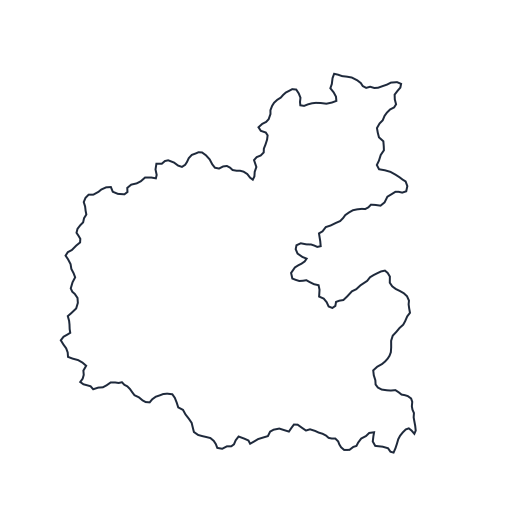 São Domingos do Prata, Minas Gerais, Brazil, rotated 10°
{"feature_id": "56859067B42582373576108", "entity_name": "São Domingos do Prata", "entity_type": "district", "adm_level": 2, "iso_a3": "BRA", "parent_name": "Brazil", "parent_adm1": "Minas Gerais", "projection": "albers", "projection_center": [-42.883, -19.879], "detail": "fine", "context": "isolated", "style": "outline", "palette": "slate", "viewbox_px": 512, "rotation_deg": 10, "n_neighbors": 0, "source": "geoboundaries", "source_scale": "gbopen_adm2", "svg_char_len": 4974}
<svg xmlns="http://www.w3.org/2000/svg" viewBox="0 0 512 512"><g transform="rotate(10 256 256)"><path d="M225.4,440.1L230.1,442.3L234.4,442.7L238.4,442.9L242.7,443.2L246.5,445.4L249.1,448.2L251.2,451.7L256.2,451.7L260.4,448.5L264.7,447.7L267.0,445.3L268.0,441.0L270.2,436.8L276.2,437.9L280.6,439.0L282.8,441.9L286.1,439.2L289.9,435.9L295.0,433.3L299.0,431.3L300.4,426.5L303.5,424.0L308.9,421.9L314.1,422.6L318.9,423.2L320.8,419.0L322.6,415.4L326.3,414.9L331.1,417.2L335.5,419.2L339.3,417.3L344.6,418.0L348.3,419.0L352.4,419.5L356.2,420.7L359.1,422.5L362.3,422.6L365.8,422.0L369.1,424.3L370.8,427.1L373.0,429.6L376.5,431.7L381.7,430.7L385.0,427.1L387.9,425.6L389.0,422.0L391.3,417.5L395.6,414.2L398.2,410.6L402.9,409.1L402.9,413.0L403.2,418.4L406.4,422.3L413.8,421.8L419.4,422.4L422.4,425.4L425.6,425.7L426.7,421.2L427.4,416.4L427.9,411.7L429.1,408.0L431.2,404.2L433.6,400.8L436.4,399.2L439.5,400.9L442.8,403.6L443.6,400.2L442.3,395.7L440.5,390.9L439.3,387.6L438.8,383.2L436.8,380.2L435.6,377.0L435.2,372.5L433.5,369.4L429.8,367.6L426.6,367.2L423.4,367.2L420.3,365.5L416.6,363.9L412.1,365.1L408.4,365.5L403.0,365.7L398.9,364.4L396.1,361.8L395.1,357.6L392.7,353.0L391.3,348.3L394.6,344.0L398.9,340.5L401.5,337.4L403.5,334.2L404.8,331.1L405.5,327.4L405.0,322.6L403.8,316.0L404.5,310.7L407.4,306.3L409.9,301.9L412.9,298.1L414.2,294.3L415.4,289.2L417.5,285.2L415.9,280.9L414.7,277.1L414.4,273.4L411.7,269.4L408.0,267.0L403.8,265.5L399.3,264.2L395.4,262.2L392.4,259.1L391.4,253.0L388.6,249.8L385.5,248.0L381.8,249.5L378.3,252.0L375.2,254.3L372.0,257.1L369.8,261.2L364.0,266.7L360.5,271.3L356.6,274.1L352.8,280.0L349.7,284.2L345.9,285.5L342.8,287.3L342.8,291.4L340.2,293.9L336.3,293.1L333.6,289.2L330.1,286.2L325.2,285.0L324.4,278.2L322.7,273.9L318.0,273.7L313.2,272.3L309.8,271.1L306.6,272.2L303.0,273.1L299.2,272.6L295.7,271.9L293.5,266.6L296.3,260.5L299.4,257.7L302.1,255.7L304.9,252.9L306.3,249.8L301.9,248.9L296.5,246.4L293.9,242.4L294.0,238.4L297.9,235.7L303.5,235.8L308.3,235.1L311.6,235.6L314.8,236.4L318.0,235.1L316.7,230.3L315.3,226.3L314.1,222.8L317.2,220.2L319.7,215.4L324.2,213.0L329.0,209.5L332.8,207.0L335.2,203.5L336.8,200.2L340.1,196.9L343.5,194.1L347.5,192.5L352.0,191.2L355.4,190.8L358.2,188.6L360.3,185.5L364.5,185.0L369.9,184.8L373.3,180.9L375.1,174.8L379.1,171.3L382.1,168.6L385.2,168.0L389.0,168.2L392.7,166.2L392.9,160.9L390.4,156.6L387.1,155.3L383.6,153.5L379.3,151.7L373.8,149.8L368.1,149.2L362.1,149.2L359.2,145.4L360.5,140.8L361.3,134.8L363.6,129.7L362.8,125.9L361.5,120.9L356.5,117.8L354.5,113.4L352.9,109.0L354.7,104.0L357.2,100.4L358.3,95.6L360.0,92.1L362.6,88.4L366.2,85.7L367.6,82.3L365.5,77.7L364.5,73.0L366.8,68.6L368.9,65.1L369.0,61.3L364.7,60.3L358.8,61.8L355.2,64.5L351.2,66.7L347.0,69.1L343.4,70.0L339.0,69.5L335.3,71.3L331.6,70.1L329.2,67.5L325.2,65.4L319.3,63.6L314.4,63.6L309.6,63.9L305.3,63.2L301.3,63.0L300.5,67.5L300.8,73.5L300.1,77.9L304.1,81.4L307.1,85.2L308.2,89.3L304.1,91.7L298.9,93.8L293.1,94.1L288.3,94.8L284.6,95.9L280.9,97.6L277.3,99.8L273.5,99.9L272.6,96.7L272.3,92.4L269.9,88.5L266.7,85.1L262.7,85.4L259.8,87.7L257.0,89.8L254.8,92.6L252.9,95.7L249.8,98.5L247.2,101.9L245.8,105.3L244.9,109.9L245.6,113.7L244.7,119.1L242.7,122.2L239.2,124.8L236.1,128.8L239.0,131.9L244.2,132.7L246.5,135.2L246.7,139.5L246.0,144.5L245.1,148.9L245.6,152.7L243.2,156.2L239.5,158.5L237.4,161.9L239.1,165.0L240.9,168.3L240.1,173.3L240.6,177.9L239.6,181.4L236.6,179.9L233.2,176.8L229.1,175.1L225.6,174.8L222.1,175.4L218.0,175.4L215.1,173.5L211.7,172.4L208.1,173.5L204.4,176.3L200.2,176.2L197.0,173.3L193.6,168.9L189.2,165.5L184.9,163.4L181.4,163.8L178.8,165.5L175.2,167.6L172.8,171.3L171.7,175.4L170.4,178.5L167.6,181.1L163.6,180.5L159.0,178.2L152.9,177.0L149.8,178.3L147.2,181.5L141.9,182.4L142.0,188.2L144.1,193.4L143.9,196.9L139.3,196.9L133.1,198.0L129.6,202.4L125.9,205.2L120.7,207.4L117.4,211.3L118.3,215.3L115.7,218.1L109.2,218.8L103.8,217.6L101.1,213.3L96.5,214.4L92.1,217.4L89.8,220.1L85.2,223.8L80.5,224.7L78.0,228.3L77.0,232.8L79.1,236.9L80.3,240.9L81.7,244.6L80.1,248.6L79.9,252.9L77.6,256.2L75.5,260.2L75.2,264.3L77.6,266.8L80.0,269.6L80.4,273.2L77.2,276.9L73.6,282.1L70.0,284.9L68.4,288.7L71.4,291.8L74.8,296.2L76.4,300.8L79.4,304.7L81.6,308.4L79.9,313.7L79.2,320.1L81.3,323.1L84.1,324.8L87.5,328.3L88.7,333.1L88.0,338.9L84.1,344.2L81.1,347.9L83.2,352.3L84.2,355.8L85.2,360.4L86.4,363.9L83.7,366.3L80.5,368.9L78.4,372.9L81.7,376.6L85.1,379.9L87.3,383.7L88.4,388.0L93.2,388.9L98.9,389.4L103.6,391.1L107.8,393.6L105.9,398.8L107.0,403.0L106.6,406.9L104.8,410.6L108.3,412.3L111.7,412.6L115.7,413.0L118.8,415.5L123.5,413.0L128.0,411.9L131.3,409.3L134.8,405.8L139.2,405.0L142.8,404.9L145.9,403.6L148.7,405.7L151.9,406.7L155.0,408.9L157.9,411.8L160.5,414.2L165.2,415.5L169.4,417.9L172.7,419.0L176.7,418.6L178.7,415.1L181.7,412.0L185.7,409.8L188.5,408.1L192.4,407.0L197.6,406.7L200.7,409.8L203.4,414.2L205.7,418.6L210.8,420.2L214.1,424.3L218.2,428.0L221.6,431.5L223.7,436.3L225.4,440.1Z" fill="none" stroke="#1e293b" stroke-width="2"/></g></svg>